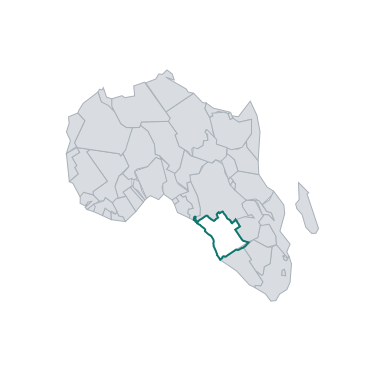 location of Angola within Africa, rotated 326°
{"feature_id": "AGO", "entity_name": "Angola", "entity_type": "country or territory", "adm_level": 0, "iso_a3": "AGO", "parent_name": "Africa", "parent_adm1": "", "projection": "equal_earth", "projection_center": [17.424, -11.224], "detail": "fine", "context": "in_parent", "style": "outline", "palette": "teal", "viewbox_px": 384, "rotation_deg": 326, "n_neighbors": 49, "source": "natural_earth", "source_scale": "50m", "svg_char_len": 13869}
<svg xmlns="http://www.w3.org/2000/svg" viewBox="0 0 384 384"><g transform="rotate(326 192 192)"><path d="M241.9,200.2L257.2,214.9L257.0,229.8L260.1,237.0L257.7,239.2L243.3,241.7L241.1,233.5L232.4,229.3L229.2,222.1L228.5,214.2L232.6,209.7L231.7,200.9L241.9,200.2Z" fill="#d9dde1" stroke="#a8b0b8" stroke-width="1"/><path d="M121.5,90.8L121.1,96.4L112.0,96.2L111.3,105.8L108.6,106.1L107.9,113.5L96.1,114.8L109.4,89.8L121.5,90.8Z" fill="#d9dde1" stroke="#a8b0b8" stroke-width="1"/><path d="M228.5,214.2L232.4,229.3L226.6,230.0L225.4,242.7L228.9,244.2L229.1,248.4L221.9,242.0L207.4,240.0L206.2,225.1L201.5,223.8L198.3,227.9L193.8,228.2L190.5,219.6L178.4,219.3L182.5,214.2L185.4,216.0L189.6,210.4L194.3,198.2L197.0,179.9L199.7,176.7L208.2,180.6L217.7,175.8L222.7,175.9L225.8,179.6L229.6,178.4L233.9,187.8L230.1,194.1L228.5,214.2Z" fill="#d9dde1" stroke="#a8b0b8" stroke-width="1"/><path d="M264.3,203.1L262.5,185.5L265.8,179.8L274.0,176.8L282.0,165.0L270.0,160.4L266.6,155.0L268.2,151.5L272.5,155.5L291.1,149.3L288.7,164.7L282.2,179.9L264.3,203.1Z" fill="#d9dde1" stroke="#a8b0b8" stroke-width="1"/><path d="M257.2,214.9L241.9,200.2L245.2,189.0L242.1,179.8L245.8,174.8L254.1,182.3L265.0,181.1L262.5,185.5L264.3,203.1L257.2,214.9Z" fill="#d9dde1" stroke="#a8b0b8" stroke-width="1"/><path d="M214.5,164.1L212.2,162.4L211.2,161.3L211.5,156.9L206.7,147.1L209.8,135.1L212.3,135.4L211.9,118.6L215.2,118.6L215.1,111.0L248.5,111.0L250.8,123.9L253.6,126.2L249.3,130.2L248.0,143.3L242.5,154.8L241.8,162.4L238.0,148.5L234.1,158.0L230.2,156.1L227.2,159.6L220.8,159.3L215.9,156.1L212.5,162.6L214.5,164.1Z" fill="#d9dde1" stroke="#a8b0b8" stroke-width="1"/><path d="M211.9,120.2L212.3,135.4L209.8,135.1L206.7,147.1L209.5,152.8L195.3,165.5L187.5,167.3L183.6,159.0L188.0,157.3L185.5,144.2L182.5,140.2L187.5,131.5L189.4,117.1L186.5,107.7L189.3,105.7L211.9,120.2Z" fill="#d9dde1" stroke="#a8b0b8" stroke-width="1"/><path d="M190.7,306.5L192.0,304.7L196.6,308.2L200.5,306.1L200.6,292.4L203.3,300.1L205.3,299.7L210.1,294.3L216.7,295.1L227.6,282.3L232.5,282.9L234.3,290.9L233.8,296.4L231.6,296.0L230.5,299.7L232.0,301.8L236.4,299.7L234.3,307.2L222.8,321.7L216.1,325.9L207.5,325.6L200.8,328.9L196.3,326.6L195.9,317.7L190.7,306.5ZM225.4,307.9L223.0,307.5L219.9,311.3L222.8,313.7L225.4,307.9Z" fill="#d9dde1" stroke="#a8b0b8" stroke-width="1"/><path d="M225.4,307.9L222.8,313.7L219.9,311.3L223.0,307.5L225.4,307.9Z" fill="#d9dde1" stroke="#a8b0b8" stroke-width="1"/><path d="M232.5,282.9L223.6,280.0L216.1,265.7L221.2,266.5L230.6,257.1L237.9,261.8L236.9,275.5L232.5,282.9Z" fill="#d9dde1" stroke="#a8b0b8" stroke-width="1"/><path d="M227.6,282.3L216.7,295.1L210.1,294.3L205.3,299.7L203.3,300.1L200.6,292.4L200.7,281.4L203.5,281.3L203.6,267.7L216.1,265.7L223.6,280.0L227.6,282.3Z" fill="#d9dde1" stroke="#a8b0b8" stroke-width="1"/><path d="M200.7,281.4L200.5,306.1L196.6,308.2L192.0,304.7L190.7,306.5L187.6,301.0L184.8,282.4L177.4,264.1L215.6,265.1L203.6,267.7L203.5,281.3L200.7,281.4Z" fill="#d9dde1" stroke="#a8b0b8" stroke-width="1"/><path d="M95.3,143.2L92.9,138.8L97.6,132.2L102.0,131.6L108.6,139.3L110.1,147.7L95.2,147.9L94.8,144.9L103.5,143.6L95.3,143.2Z" fill="#d9dde1" stroke="#a8b0b8" stroke-width="1"/><path d="M110.1,147.7L108.6,139.3L110.1,136.3L127.8,135.8L127.1,99.9L131.3,99.8L153.1,119.7L153.1,122.2L156.3,121.8L154.1,135.6L140.5,137.9L131.9,143.7L127.5,155.8L119.9,156.4L117.0,148.2L113.9,150.0L110.1,147.7Z" fill="#d9dde1" stroke="#a8b0b8" stroke-width="1"/><path d="M96.1,114.8L107.9,113.5L108.6,106.1L111.3,105.8L112.0,96.2L121.1,96.4L121.5,90.8L131.3,99.8L127.1,99.9L127.8,135.8L110.1,136.3L108.6,139.3L102.0,131.6L96.5,133.4L98.1,118.2L96.1,114.8Z" fill="#d9dde1" stroke="#a8b0b8" stroke-width="1"/><path d="M150.8,171.9L148.4,172.3L147.9,160.6L145.4,155.4L151.6,148.5L154.2,154.3L151.0,163.1L150.8,171.9Z" fill="#d9dde1" stroke="#a8b0b8" stroke-width="1"/><path d="M186.5,107.7L189.4,117.1L187.5,131.5L182.5,140.2L185.5,144.2L184.3,147.5L181.2,143.2L169.4,146.2L159.2,142.2L155.3,143.5L153.7,150.7L146.3,146.1L144.7,138.1L154.1,135.6L156.3,121.8L178.5,105.4L184.5,109.1L186.5,107.7Z" fill="#d9dde1" stroke="#a8b0b8" stroke-width="1"/><path d="M150.8,171.9L156.1,142.6L169.4,146.2L181.2,143.2L185.5,149.1L177.2,169.0L169.8,171.1L167.7,177.7L160.1,179.7L155.5,171.8L150.8,171.9Z" fill="#d9dde1" stroke="#a8b0b8" stroke-width="1"/><path d="M185.2,146.1L188.0,157.3L183.6,159.0L187.9,166.2L185.1,177.9L189.4,189.7L171.0,187.5L167.6,178.8L168.4,174.9L172.4,168.8L177.2,169.0L185.2,146.1Z" fill="#d9dde1" stroke="#a8b0b8" stroke-width="1"/><path d="M145.8,153.3L148.4,172.3L146.0,173.2L143.1,154.5L145.8,153.3Z" fill="#d9dde1" stroke="#a8b0b8" stroke-width="1"/><path d="M143.3,153.2L146.0,173.2L134.5,176.8L134.7,153.5L143.3,153.2Z" fill="#d9dde1" stroke="#a8b0b8" stroke-width="1"/><path d="M119.9,156.4L125.2,155.2L134.9,158.6L134.5,176.8L120.3,179.3L120.8,174.0L117.9,171.0L119.9,156.4Z" fill="#d9dde1" stroke="#a8b0b8" stroke-width="1"/><path d="M103.8,147.1L113.9,150.0L117.0,148.2L119.9,156.4L118.9,166.3L116.2,167.7L114.7,162.9L112.5,163.7L110.9,157.0L104.6,161.5L99.4,153.2L103.8,147.1Z" fill="#d9dde1" stroke="#a8b0b8" stroke-width="1"/><path d="M95.2,147.9L103.8,147.1L103.5,150.2L99.4,153.2L95.2,147.9Z" fill="#d9dde1" stroke="#a8b0b8" stroke-width="1"/><path d="M118.4,166.3L117.9,171.0L120.8,174.0L120.3,179.3L109.6,169.8L113.3,163.4L116.2,167.7L118.4,166.3Z" fill="#d9dde1" stroke="#a8b0b8" stroke-width="1"/><path d="M104.6,161.5L110.9,157.0L113.3,163.4L109.6,169.8L104.6,161.5Z" fill="#d9dde1" stroke="#a8b0b8" stroke-width="1"/><path d="M127.5,155.8L131.1,144.6L140.5,137.9L144.7,138.1L146.3,146.1L149.7,147.0L145.8,153.3L134.7,153.5L134.9,158.6L127.5,155.8Z" fill="#d9dde1" stroke="#a8b0b8" stroke-width="1"/><path d="M222.7,175.9L214.1,176.4L208.2,180.6L199.7,176.7L196.7,182.7L192.9,181.8L189.6,187.6L185.1,175.0L187.5,167.3L195.3,165.5L209.5,152.8L211.2,161.3L222.7,175.9Z" fill="#d9dde1" stroke="#a8b0b8" stroke-width="1"/><path d="M196.7,182.7L194.3,198.2L189.6,210.4L185.4,216.0L179.7,213.9L177.6,216.3L175.2,212.1L177.4,210.0L176.3,207.4L179.5,204.2L183.7,206.2L184.9,201.7L183.2,196.3L184.5,191.8L181.6,191.3L181.0,187.6L189.4,189.7L192.9,181.8L196.7,182.7Z" fill="#d9dde1" stroke="#a8b0b8" stroke-width="1"/><path d="M175.7,187.6L180.6,187.3L181.6,191.3L184.5,191.8L183.2,196.3L184.9,201.7L183.7,206.2L179.5,204.2L176.3,207.4L177.4,210.0L175.2,212.1L168.5,200.9L170.5,192.5L175.8,192.3L175.7,187.6Z" fill="#d9dde1" stroke="#a8b0b8" stroke-width="1"/><path d="M171.0,187.5L175.7,187.6L175.8,192.3L170.5,192.5L171.0,187.5Z" fill="#d9dde1" stroke="#a8b0b8" stroke-width="1"/><path d="M232.4,229.3L239.6,234.5L237.7,250.2L239.2,251.2L230.4,254.4L230.6,257.1L221.2,266.5L210.2,264.9L206.5,259.4L206.7,247.0L212.7,247.1L212.5,239.4L221.9,242.0L229.1,248.4L228.9,244.2L225.4,242.7L225.7,232.5L227.4,229.5L232.4,229.3Z" fill="#d9dde1" stroke="#a8b0b8" stroke-width="1"/><path d="M238.2,232.7L242.6,236.4L243.1,249.7L246.2,253.7L244.1,262.1L242.7,253.7L237.7,250.2L240.3,237.8L238.2,232.7Z" fill="#d9dde1" stroke="#a8b0b8" stroke-width="1"/><path d="M243.3,241.7L251.7,241.9L260.1,237.0L260.9,254.0L256.8,261.8L243.0,273.6L244.2,290.0L237.1,294.6L236.4,299.7L234.3,299.7L232.5,282.9L236.9,275.5L237.9,261.8L230.8,258.6L230.4,254.4L239.2,251.2L242.7,253.7L244.1,262.1L246.2,253.7L243.1,249.7L243.3,241.7Z" fill="#d9dde1" stroke="#a8b0b8" stroke-width="1"/><path d="M234.3,299.7L232.0,301.8L230.5,299.7L231.6,296.0L234.3,299.7Z" fill="#d9dde1" stroke="#a8b0b8" stroke-width="1"/><path d="M231.8,206.0L232.6,209.7L228.5,214.2L227.6,207.7L231.8,206.0Z" fill="#d9dde1" stroke="#a8b0b8" stroke-width="1"/><path d="M285.6,243.7L288.3,257.9L286.3,257.9L276.5,293.0L271.6,295.5L268.0,293.2L266.6,284.9L270.6,272.2L269.6,264.5L271.2,259.9L276.6,258.2L285.6,243.7Z" fill="#d9dde1" stroke="#a8b0b8" stroke-width="1"/><path d="M94.8,144.9L100.0,142.1L103.5,143.6L94.8,144.9Z" fill="#d9dde1" stroke="#a8b0b8" stroke-width="1"/><path d="M172.0,80.1L167.2,66.5L170.0,56.5L172.9,55.1L174.6,57.2L176.8,55.9L174.2,65.7L177.7,69.9L172.0,80.1Z" fill="#d9dde1" stroke="#a8b0b8" stroke-width="1"/><path d="M121.5,90.8L122.0,85.5L143.0,73.0L141.5,62.7L144.2,60.8L151.5,57.6L170.0,56.5L167.2,66.5L171.1,73.6L172.8,83.3L171.2,95.6L173.8,102.0L178.5,105.4L160.3,120.1L153.1,122.2L153.1,119.7L121.5,90.8Z" fill="#d9dde1" stroke="#a8b0b8" stroke-width="1"/><path d="M248.4,140.0L249.3,130.2L253.6,126.2L256.4,134.2L267.8,146.7L265.7,147.3L258.7,139.6L248.4,140.0Z" fill="#d9dde1" stroke="#a8b0b8" stroke-width="1"/><path d="M109.4,89.8L119.9,81.5L121.5,72.0L128.5,66.4L131.7,60.6L141.5,62.7L143.0,73.0L122.0,85.5L121.7,89.8L109.4,89.8Z" fill="#d9dde1" stroke="#a8b0b8" stroke-width="1"/><path d="M248.5,111.0L215.1,111.0L214.7,75.6L225.0,78.1L230.5,75.6L233.3,77.9L239.5,76.8L241.6,83.1L239.9,89.2L234.5,82.1L244.9,103.7L244.6,106.8L248.5,111.0Z" fill="#d9dde1" stroke="#a8b0b8" stroke-width="1"/><path d="M214.0,74.4L215.2,118.6L211.9,120.2L189.3,105.7L184.5,109.1L173.8,102.0L171.2,95.6L173.4,76.2L177.7,69.9L187.8,73.0L189.1,76.2L198.2,80.3L203.0,71.5L214.0,74.4Z" fill="#d9dde1" stroke="#a8b0b8" stroke-width="1"/><path d="M282.0,165.0L274.0,176.8L258.3,183.0L248.4,179.0L238.9,165.9L248.4,140.0L251.8,140.8L252.6,137.9L263.4,143.8L265.7,147.3L264.2,153.1L267.1,153.6L270.0,160.4L282.0,165.0Z" fill="#d9dde1" stroke="#a8b0b8" stroke-width="1"/><path d="M265.7,147.3L268.5,147.9L267.1,153.6L264.2,153.1L265.7,147.3Z" fill="#d9dde1" stroke="#a8b0b8" stroke-width="1"/><path d="M241.9,200.2L229.2,201.8L234.1,181.6L242.1,179.8L243.5,182.5L245.2,189.0L241.9,200.2Z" fill="#d9dde1" stroke="#a8b0b8" stroke-width="1"/><path d="M231.7,200.9L232.7,205.5L227.6,207.7L228.4,202.9L231.7,200.9Z" fill="#d9dde1" stroke="#a8b0b8" stroke-width="1"/><path d="M232.9,182.7L229.6,178.4L224.5,179.1L212.5,162.6L218.0,155.6L220.8,159.3L227.2,159.6L230.2,156.1L234.1,158.0L237.1,153.0L236.1,149.5L239.3,148.7L241.8,162.4L238.9,165.9L245.8,174.8L240.3,181.6L232.9,182.7Z" fill="#d9dde1" stroke="#a8b0b8" stroke-width="1"/><path d="M212.7,239.1L212.7,239.7L212.8,240.4L212.8,240.9L212.9,241.1L212.8,241.4L212.8,241.7L212.7,241.9L212.6,242.1L212.7,242.5L212.6,243.0L212.6,243.5L212.6,244.0L212.7,244.9L212.7,245.2L212.5,245.7L212.4,246.0L212.4,246.4L212.4,246.7L212.6,247.3L212.4,247.4L212.2,247.4L211.6,247.4L210.8,247.4L209.9,247.4L209.1,247.4L208.3,247.4L207.5,247.4L206.8,247.4L206.8,248.0L206.8,249.3L206.8,250.5L206.8,251.8L206.8,253.0L206.8,254.3L206.8,255.5L206.8,256.7L206.8,258.0L206.8,258.9L206.9,260.1L207.2,261.3L207.4,261.5L207.7,261.7L208.1,262.2L208.4,262.6L208.9,263.2L209.5,264.0L210.2,264.7L210.7,265.4L209.8,265.6L208.5,265.9L207.7,266.1L206.7,266.4L206.0,266.5L205.1,266.7L204.7,266.6L204.2,266.6L203.6,266.8L203.2,266.8L202.8,266.7L202.5,266.6L202.2,266.3L201.6,266.2L200.8,266.3L200.0,266.2L199.3,266.1L198.7,266.0L198.4,266.0L198.1,266.0L197.7,265.8L197.4,265.6L197.0,265.1L196.7,264.6L196.5,264.4L195.7,264.4L194.9,264.4L194.4,264.4L193.3,264.4L192.2,264.4L191.1,264.4L190.1,264.4L189.0,264.4L187.9,264.4L186.8,264.4L185.7,264.4L185.1,264.4L184.6,264.4L184.0,264.5L183.9,264.4L183.7,264.4L183.3,264.0L183.0,263.8L182.7,263.4L182.4,263.0L182.2,262.9L181.8,262.9L181.6,262.8L181.3,262.8L180.9,263.0L180.6,263.1L180.4,263.3L180.1,263.5L179.8,263.7L179.2,263.7L178.8,263.7L178.5,263.5L178.2,263.5L177.9,263.8L177.5,263.9L177.5,262.4L177.7,261.8L177.6,261.0L177.6,259.0L177.5,258.7L177.4,258.4L177.7,258.2L177.8,258.0L178.0,257.6L178.2,257.2L178.3,256.1L178.9,253.8L179.2,251.5L179.5,250.4L179.6,249.1L180.6,247.5L180.9,246.6L181.4,246.1L182.1,245.6L182.6,244.7L182.9,244.0L183.2,242.8L183.2,241.6L183.3,239.9L183.3,239.4L183.0,238.7L183.0,238.2L182.7,237.7L182.4,237.4L182.3,236.8L181.8,235.7L181.7,235.1L181.5,234.6L181.4,234.0L181.3,233.4L181.1,232.7L180.8,232.0L180.8,231.8L181.0,231.5L181.1,231.4L181.1,231.6L181.0,231.9L181.9,230.6L181.9,230.4L181.9,230.1L181.9,229.8L181.9,229.4L181.1,227.1L180.4,224.9L180.3,223.8L179.4,222.4L179.1,221.5L178.9,220.8L178.7,220.6L178.8,220.4L179.0,220.4L179.5,220.3L180.2,220.1L180.8,219.7L181.0,219.6L181.3,219.5L181.7,219.6L181.8,219.5L182.7,219.5L183.0,219.5L183.7,219.5L184.1,219.6L184.3,219.6L184.9,219.7L185.6,219.6L185.9,219.6L186.9,219.6L187.9,219.6L188.8,219.5L189.7,219.6L190.5,219.6L190.8,219.7L191.1,219.9L191.3,220.2L191.3,220.3L191.4,220.5L191.6,220.7L191.6,221.0L191.6,221.4L191.6,221.9L191.7,222.5L191.9,223.1L192.2,223.7L192.4,224.2L192.3,224.6L192.4,225.0L192.7,225.4L192.8,225.6L192.9,225.8L193.2,226.4L193.7,227.5L194.0,228.2L194.2,228.3L194.3,228.3L194.7,228.2L195.1,228.2L195.4,228.3L195.5,228.3L195.9,228.0L196.4,227.9L196.8,227.8L197.0,227.7L197.3,227.7L198.0,227.9L198.7,227.9L199.3,227.8L199.4,226.8L199.4,226.6L199.5,226.2L199.7,225.9L199.7,225.5L199.7,225.1L199.8,224.6L200.2,224.2L200.8,224.0L201.2,223.9L201.8,223.8L202.6,223.7L202.9,223.7L202.9,223.8L202.8,224.5L202.8,225.0L203.0,225.1L203.9,225.1L204.7,225.1L205.6,225.2L206.3,225.2L206.5,225.3L206.6,225.7L206.5,226.4L206.4,227.4L206.4,228.4L206.7,229.3L206.7,230.6L206.6,231.5L206.5,232.5L206.4,233.7L206.6,234.2L206.8,234.7L207.2,235.2L207.5,235.9L207.8,236.8L207.8,237.3L207.8,237.5L207.8,237.9L207.9,238.4L207.8,238.8L207.5,239.0L207.6,239.7L207.6,240.1L207.7,240.3L207.8,240.4L208.1,240.3L208.4,240.0L208.6,239.9L208.9,239.9L209.3,240.0L210.1,240.0L210.3,239.9L211.0,239.6L211.5,239.6L211.9,239.7L212.3,239.7L212.5,239.6L212.5,239.4L212.5,239.2L212.7,239.1ZM181.0,214.7L181.0,214.8L180.6,215.0L180.3,215.1L179.8,215.8L179.6,216.1L179.3,216.3L179.2,216.4L179.2,216.5L179.3,216.6L179.4,217.8L179.4,218.9L179.3,219.0L179.0,219.0L178.6,219.1L178.3,218.6L178.4,218.3L178.5,218.0L178.4,217.4L178.2,216.9L178.0,216.3L177.9,216.2L178.1,216.0L178.4,215.5L178.5,215.3L178.8,215.2L179.0,214.8L179.0,214.7L179.3,214.5L179.7,214.3L180.0,214.1L180.2,213.9L180.3,213.9L180.4,214.0L180.7,214.4L180.9,214.7L181.0,214.7Z" fill="none" stroke="#0f766e" stroke-width="2"/></g></svg>